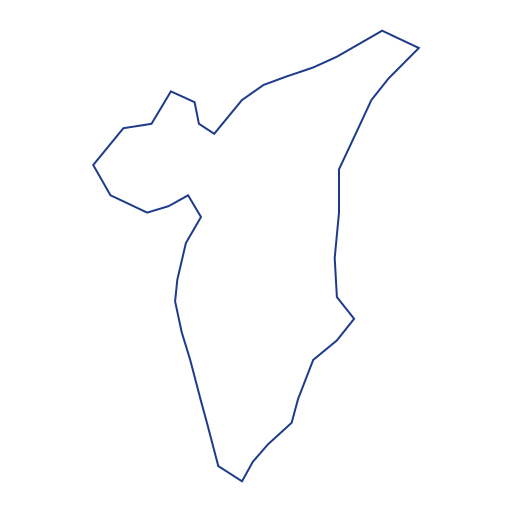 outline of Kato Moni, Nicosia, Cyprus
{"feature_id": "46923920B54828967689264", "entity_name": "Kato Moni", "entity_type": "district", "adm_level": 2, "iso_a3": "CYP", "parent_name": "Cyprus", "parent_adm1": "Nicosia", "projection": "orthographic", "projection_center": [33.089, 35.054], "detail": "fine", "context": "isolated", "style": "outline", "palette": "blue", "viewbox_px": 512, "rotation_deg": 0, "n_neighbors": 0, "source": "geoboundaries", "source_scale": "gbopen_adm2", "svg_char_len": 633}
<svg xmlns="http://www.w3.org/2000/svg" viewBox="0 0 512 512"><path d="M382.1,30.7L336.9,56.7L313.1,67.5L287.3,76.2L263.6,84.9L242.0,100.0L214.2,133.8L198.9,123.8L194.6,102.2L170.9,91.4L151.5,123.8L123.4,128.2L93.2,165.0L110.5,195.3L147.1,212.6L168.7,206.1L188.1,195.3L201.0,217.0L185.9,243.0L177.3,279.8L175.1,301.4L181.6,331.8L190.2,359.9L201.0,401.1L207.5,424.9L218.3,466.1L242.0,481.3L252.8,461.8L267.9,444.4L291.6,422.8L298.1,398.9L313.2,359.9L336.9,340.4L354.1,318.8L336.9,297.1L334.7,258.1L339.0,212.6L339.0,169.3L356.3,132.5L371.4,100.0L388.6,78.4L418.8,48.0L382.1,30.7Z" fill="none" stroke="#1e3a8a" stroke-width="2"/></svg>